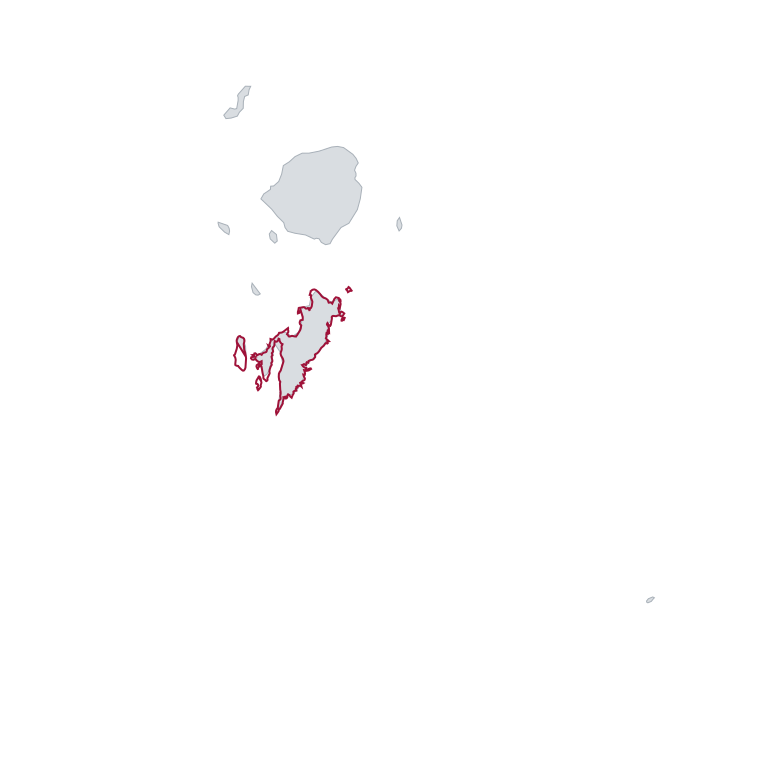 Fiji, with Northern highlighted, rotated 148°
{"feature_id": "FJI-2619", "entity_name": "Northern", "entity_type": "Division", "adm_level": 1, "iso_a3": "FJI", "parent_name": "Fiji", "parent_adm1": "", "projection": "equal_earth", "projection_center": [179.45, -16.564], "detail": "fine", "context": "in_parent", "style": "outline", "palette": "rose", "viewbox_px": 768, "rotation_deg": 148, "n_neighbors": 0, "source": "natural_earth", "source_scale": "10m", "svg_char_len": 8337}
<svg xmlns="http://www.w3.org/2000/svg" viewBox="0 0 768 768"><g transform="rotate(148 384 384)"><path d="M362.1,537.3L362.1,541.6L364.2,543.5L366.3,543.8L371.6,552.0L379.7,559.1L384.7,564.5L385.0,569.1L383.5,574.0L385.6,582.7L386.6,591.8L390.3,606.2L385.2,608.9L377.2,609.2L375.3,611.8L372.6,610.4L366.0,611.5L359.6,616.2L353.6,622.6L346.7,622.6L338.8,624.0L331.0,623.1L325.5,619.6L315.8,615.9L302.8,612.7L297.5,610.1L293.0,605.9L288.7,595.3L288.1,590.1L288.7,585.1L292.5,583.4L295.7,580.9L296.1,577.6L297.5,575.2L299.3,574.4L300.2,572.8L298.9,567.5L298.5,562.5L306.0,553.6L314.2,546.0L328.6,538.9L337.5,539.5L351.1,534.1L355.4,531.6L359.7,533.1L362.1,537.3ZM486.7,420.0L475.7,433.0L471.7,439.7L468.4,447.1L459.1,455.1L455.1,465.7L455.4,476.5L464.7,465.2L475.1,456.0L478.3,454.2L481.6,454.3L481.4,457.4L479.9,460.5L478.7,468.6L481.4,476.2L473.7,475.5L466.0,476.1L456.9,480.3L447.9,482.2L444.6,482.2L441.3,480.8L439.2,478.7L437.6,473.6L435.9,472.9L428.8,473.1L418.2,482.9L414.7,491.4L410.6,491.7L405.7,490.0L399.9,496.4L392.9,498.8L389.9,493.3L387.9,486.6L385.4,481.7L377.7,480.4L378.9,474.4L380.9,471.9L382.8,468.3L383.9,464.2L387.6,466.8L391.4,468.5L395.6,465.4L400.0,465.2L404.4,456.3L411.3,450.7L420.8,446.3L430.4,443.1L435.4,442.5L440.2,440.6L448.6,432.3L454.2,428.0L460.2,425.4L466.0,423.8L471.4,425.2L475.7,424.5L486.7,418.5L486.7,420.0ZM377.4,692.8L377.4,696.9L368.2,699.7L365.0,696.3L363.0,695.6L357.5,701.7L355.9,704.2L355.4,706.1L354.0,707.0L343.8,710.0L339.3,707.1L342.4,705.1L346.0,701.1L349.8,701.7L353.6,698.0L357.3,692.4L362.6,691.1L366.4,688.9L372.6,690.5L377.4,692.8ZM486.6,497.5L481.3,501.1L479.2,497.6L481.6,489.0L486.7,480.2L486.6,487.3L486.6,497.5ZM439.5,608.3L438.9,609.1L432.6,601.3L432.8,598.2L433.9,595.5L436.4,592.9L438.7,597.3L440.5,604.7L439.5,608.3ZM401.8,572.0L398.0,573.7L396.0,567.8L398.8,561.8L402.0,561.3L403.6,567.4L401.8,572.0ZM444.8,536.8L442.4,539.4L441.2,526.0L443.7,526.1L445.5,527.5L446.6,530.9L444.8,536.8ZM286.3,515.4L282.6,517.0L284.5,509.3L286.6,506.9L287.9,506.4L290.1,505.8L289.3,511.3L286.3,515.4ZM276.4,60.8L273.6,61.8L268.9,61.0L268.0,59.4L269.4,59.1L272.5,58.0L276.2,58.6L276.8,59.6L276.4,60.8ZM486.7,456.3L485.8,456.4L485.6,454.5L486.7,451.3L486.7,456.3Z" fill="#d9dde1" stroke="#a8b0b8" stroke-width="1"/><path d="M486.7,420.1L482.2,425.5L481.6,425.7L480.3,425.8L479.7,426.1L479.1,426.9L478.5,428.4L478.0,429.2L476.9,430.4L476.4,431.2L476.5,431.5L475.9,432.0L475.0,434.2L472.0,439.6L470.8,440.8L470.8,442.9L469.5,445.8L467.7,448.4L466.1,449.5L464.5,450.1L457.5,456.2L457.1,456.8L456.8,457.5L456.4,458.9L456.3,460.1L456.3,461.6L456.1,463.2L455.6,464.6L454.8,465.5L452.9,467.0L452.1,467.9L450.9,470.3L450.5,470.6L449.3,471.2L448.9,471.6L449.6,472.6L449.8,474.3L449.6,476.1L448.9,477.6L449.4,478.3L450.6,477.2L451.9,476.7L453.1,477.0L453.9,478.3L454.9,477.2L456.6,474.7L457.6,474.2L458.4,474.1L459.3,473.6L460.0,472.9L460.3,471.9L460.6,470.6L461.3,470.1L462.1,469.9L462.8,469.6L463.3,467.5L464.5,467.1L464.8,466.9L465.3,465.8L466.1,463.4L466.6,462.5L467.2,462.0L468.0,461.8L468.5,461.4L469.0,459.8L469.7,459.4L470.8,458.9L473.2,456.9L474.6,455.3L475.2,453.8L475.9,453.2L479.7,450.8L480.1,450.3L480.3,449.7L480.7,449.1L481.2,448.8L482.3,448.8L482.5,449.2L482.5,450.0L483.3,452.3L483.0,453.2L482.5,454.0L482.1,454.8L481.2,457.5L478.7,463.5L478.7,464.0L478.8,465.2L478.7,465.6L478.4,465.7L477.5,465.5L477.2,465.6L475.7,468.2L477.6,468.4L478.8,469.5L479.5,471.3L479.7,473.6L480.7,473.5L482.0,473.8L483.0,474.8L483.2,476.3L482.4,477.0L481.3,476.7L479.1,475.6L480.2,478.3L479.1,477.9L478.7,477.6L477.7,478.6L476.8,478.2L476.4,476.9L476.7,475.6L474.1,475.5L473.0,474.9L472.3,473.6L470.8,474.3L469.2,474.2L467.8,473.7L466.8,473.6L466.1,474.0L464.9,475.3L464.1,475.6L463.2,475.6L462.5,475.8L462.0,476.4L461.8,477.6L461.3,476.3L460.8,476.3L460.1,478.3L457.4,480.5L456.4,482.3L455.1,480.8L453.7,480.7L450.6,481.6L448.3,481.7L447.1,482.1L445.9,483.0L443.4,481.8L441.4,481.7L435.7,482.3L435.8,482.0L436.5,481.4L436.9,480.0L437.6,478.8L438.9,478.2L439.9,477.6L439.5,476.3L439.6,474.9L438.8,474.2L436.5,473.6L434.7,471.8L433.5,470.9L432.9,471.3L432.2,471.3L426.6,474.1L425.2,475.2L423.1,477.6L423.5,479.2L423.1,480.6L422.2,481.6L421.1,482.3L418.9,481.5L417.4,483.9L415.6,490.9L417.5,489.4L418.3,489.2L419.6,489.5L418.9,490.7L416.9,492.6L416.1,493.6L415.6,493.6L414.7,493.1L411.8,492.0L410.9,491.3L410.6,490.4L410.5,489.7L410.2,489.2L408.8,488.7L408.4,488.1L408.2,487.3L408.2,486.3L407.6,486.3L407.6,488.2L406.5,487.4L405.7,487.2L405.0,487.6L404.1,488.2L401.2,491.6L400.9,492.5L400.2,496.3L399.6,496.9L399.0,497.4L398.8,498.0L399.8,498.9L397.2,501.2L397.0,501.6L394.9,501.8L394.0,501.6L392.8,501.0L391.9,499.7L391.0,497.0L390.5,493.9L390.3,491.3L389.6,489.3L388.1,487.5L387.2,485.3L387.8,482.3L386.3,481.6L385.6,480.9L385.3,479.6L380.9,482.5L378.8,483.0L376.9,481.0L377.2,480.7L377.4,480.3L376.5,479.4L376.4,478.3L376.7,477.7L377.4,478.3L377.9,478.3L377.7,476.5L378.4,474.8L380.8,472.3L380.8,474.2L381.4,473.4L381.7,472.3L382.0,471.7L382.8,472.3L383.2,470.8L384.1,468.5L384.3,466.9L382.8,468.0L381.7,467.9L381.0,466.8L380.3,464.9L383.1,463.6L383.8,463.5L384.4,464.0L385.2,465.6L385.8,466.2L386.5,466.5L388.8,466.9L391.0,468.7L391.8,468.9L392.7,468.6L393.0,468.3L393.2,467.7L393.7,466.9L397.7,462.4L398.8,461.8L399.5,462.8L399.7,465.6L400.7,465.0L400.9,464.3L400.7,461.9L401.0,460.8L403.2,456.9L403.6,458.2L403.7,458.9L404.2,458.4L404.6,457.9L404.7,457.2L404.6,456.2L405.1,456.2L405.9,457.5L406.7,456.6L407.6,454.9L408.4,454.1L409.1,453.6L408.9,452.4L408.4,450.8L408.1,449.5L409.6,450.2L410.0,448.5L410.7,448.4L411.6,449.5L412.7,449.3L414.7,448.4L418.1,447.9L421.9,446.1L424.1,445.5L426.3,445.7L427.0,445.5L427.8,443.8L428.0,443.4L428.6,443.1L429.8,442.8L430.3,442.5L431.6,442.4L433.7,443.2L435.8,443.5L436.9,442.2L438.0,443.4L438.7,443.0L439.3,442.0L440.2,441.4L440.7,441.8L441.1,443.1L441.7,443.4L442.9,443.2L443.4,443.4L443.3,441.9L442.8,440.5L442.2,439.4L441.4,438.8L442.2,437.9L443.0,437.5L443.8,437.6L444.4,438.1L444.8,436.4L445.4,434.7L446.3,433.8L447.4,434.8L447.9,433.1L448.0,431.6L448.3,430.3L449.4,429.5L452.0,429.7L453.0,429.2L451.9,427.5L452.8,427.5L453.5,428.0L454.0,429.0L454.4,430.2L455.0,426.7L455.4,425.5L455.7,426.6L456.4,427.2L457.2,427.5L457.9,428.2L458.5,427.3L459.0,427.2L459.5,427.8L459.9,428.8L459.9,427.3L460.1,426.8L461.1,426.9L461.5,426.5L461.7,425.8L461.8,424.8L462.3,424.9L462.8,425.3L463.1,425.5L464.5,425.6L465.1,425.3L465.3,424.5L465.7,423.8L467.5,422.9L469.6,421.3L470.1,422.8L470.2,425.0L470.8,426.1L471.7,425.7L473.2,423.8L474.3,423.5L475.1,423.8L475.2,424.4L474.9,425.0L474.3,425.5L475.1,425.8L475.9,425.8L476.3,426.1L477.1,424.7L479.7,422.0L480.2,421.1L485.5,418.1L486.7,418.1L486.7,420.1ZM486.7,480.3L487.4,478.8L492.8,471.3L494.1,470.3L495.6,469.7L496.5,470.0L497.1,471.2L497.8,473.9L498.1,475.6L498.1,476.6L499.0,477.3L499.6,478.0L500.0,478.9L499.6,479.7L497.0,483.0L496.3,484.7L496.1,485.6L496.0,487.8L495.7,488.0L495.2,487.9L494.6,488.2L490.2,491.9L487.9,494.5L486.6,497.6L486.7,480.3ZM486.6,497.5L486.1,498.7L485.3,499.6L484.2,500.4L483.3,501.0L482.4,501.3L481.5,501.3L480.7,501.0L480.3,499.4L479.0,497.9L478.7,496.6L479.1,495.2L479.9,494.0L481.7,492.3L484.3,487.3L484.7,486.0L485.0,484.4L486.7,480.2L486.6,497.5ZM486.7,451.4L487.3,450.0L489.3,448.2L489.7,447.2L490.2,446.8L493.1,445.7L494.1,445.5L494.1,446.2L493.4,446.3L493.1,446.6L493.2,447.0L493.7,447.5L493.7,448.2L492.5,448.8L491.9,448.8L491.5,449.2L491.2,450.2L491.3,451.1L491.9,451.5L492.3,452.1L491.4,453.4L490.2,454.6L486.7,456.4L486.7,451.4ZM365.9,481.0L365.6,483.0L366.0,484.1L365.9,484.4L364.0,484.3L362.7,485.0L362.2,483.8L362.0,480.3L362.4,480.3L363.0,480.8L363.9,481.0L365.9,481.0ZM486.7,418.1L487.6,417.0L488.7,416.4L491.2,415.4L490.5,417.4L489.5,418.7L488.3,419.5L486.7,420.1L486.7,418.1ZM480.7,467.5L478.2,467.5L479.4,467.0L479.9,466.9L480.2,466.6L480.2,465.2L480.4,464.9L481.1,464.9L481.9,464.6L482.7,463.9L483.2,462.9L483.2,464.9L482.9,466.4L482.0,467.4L480.7,467.5ZM384.3,459.5L384.9,460.0L385.5,460.2L386.1,460.0L386.8,459.5L386.3,460.5L385.6,461.3L384.6,461.7L383.2,461.5L382.7,461.4L382.5,461.2L382.3,460.9L384.3,459.5ZM440.4,435.4L441.5,435.7L442.4,436.1L441.5,436.7L440.3,436.8L439.1,436.6L437.9,436.1L437.9,435.4L440.4,435.4ZM486.7,456.4L486.1,456.6L485.8,456.5L485.6,456.1L485.6,455.3L485.8,454.1L486.7,451.3L486.7,456.4Z" fill="none" stroke="#9f1239" stroke-width="2"/></g></svg>